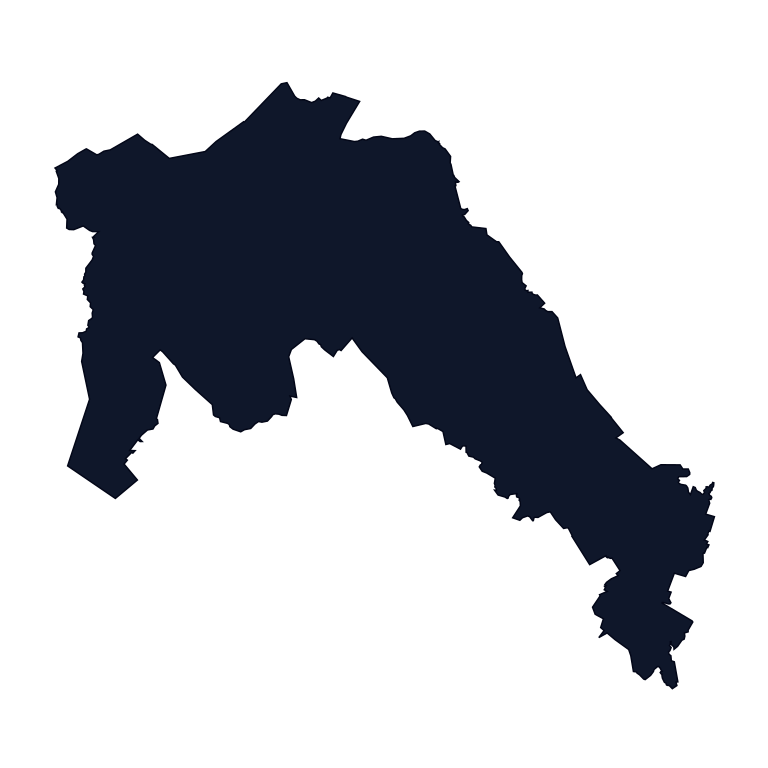 Apan, Hidalgo, Mexico (Natural Earth projection), rotated 91°
{"feature_id": "50627088B34468221751825", "entity_name": "Apan", "entity_type": "district", "adm_level": 2, "iso_a3": "MEX", "parent_name": "Mexico", "parent_adm1": "Hidalgo", "projection": "natural_earth1", "projection_center": [-98.42, 19.732], "detail": "fine", "context": "isolated", "style": "filled", "palette": "ink", "viewbox_px": 768, "rotation_deg": 91, "n_neighbors": 0, "source": "geoboundaries", "source_scale": "gbopen_adm2", "svg_char_len": 6051}
<svg xmlns="http://www.w3.org/2000/svg" viewBox="0 0 768 768"><g transform="rotate(91 384 384)"><path d="M683.6,90.4L680.4,85.9L677.0,86.9L676.7,85.0L656.7,88.9L655.7,91.9L650.7,92.4L649.1,94.4L646.8,94.8L645.7,93.5L642.5,92.3L640.6,94.0L638.6,93.1L636.6,93.2L636.5,92.4L639.2,92.5L641.8,89.6L644.2,89.4L641.2,85.9L635.0,81.7L633.8,79.4L630.8,78.8L627.7,79.3L626.5,75.6L624.7,75.6L616.6,71.1L615.5,71.8L598.2,102.2L597.5,102.0L597.5,101.0L598.9,95.8L598.9,94.2L597.7,93.3L593.5,95.6L587.1,93.3L586.1,96.8L568.1,90.4L571.2,79.1L565.2,76.0L563.8,70.6L560.8,63.8L557.1,61.7L548.4,62.1L547.2,61.5L547.5,60.6L541.7,58.4L542.0,57.5L539.2,56.3L538.3,58.8L535.8,57.5L534.4,61.0L529.2,57.4L529.0,57.9L525.4,56.6L525.7,55.5L510.9,51.3L508.5,60.1L497.5,56.3L494.1,57.3L493.5,56.2L493.7,55.2L492.0,54.3L490.6,54.8L489.8,56.3L487.9,57.3L486.9,56.1L485.5,55.7L484.4,54.2L482.2,54.1L480.9,52.9L479.3,52.6L477.0,52.5L476.7,53.6L478.3,54.3L479.3,56.0L481.6,57.5L481.0,59.2L481.3,60.2L482.6,60.0L485.0,62.4L487.0,61.7L488.6,62.8L488.7,64.4L487.0,66.0L485.7,68.7L484.7,69.9L482.1,71.0L481.3,73.0L489.3,75.7L486.8,77.7L482.7,78.4L480.6,79.8L479.9,80.7L479.2,85.3L478.3,87.3L477.0,88.0L475.2,86.9L473.8,88.7L471.5,87.7L471.3,79.8L469.1,76.8L467.4,76.7L463.7,78.3L463.8,83.7L459.7,86.5L459.9,105.7L464.1,114.5L435.9,147.2L433.9,151.3L428.5,144.0L413.4,156.6L413.2,156.3L400.7,168.1L386.2,180.8L371.2,187.7L374.5,192.1L343.2,203.7L314.9,211.5L308.7,217.3L308.8,221.5L307.7,223.6L306.2,225.1L305.1,229.6L300.4,224.8L292.3,232.2L292.5,233.7L291.9,236.0L291.0,237.4L289.6,237.7L289.8,241.7L288.0,241.7L288.3,243.1L287.4,244.7L285.9,244.8L283.4,243.6L280.2,247.7L277.3,248.2L273.1,248.2L271.3,247.5L270.0,248.0L254.8,260.7L239.8,271.7L239.8,274.0L233.1,283.7L226.8,284.8L225.4,299.0L223.9,300.0L222.3,302.6L221.1,302.1L219.0,304.5L215.5,306.8L214.7,308.4L213.8,308.6L213.1,306.3L209.2,302.9L207.2,303.8L208.2,306.5L208.1,308.4L207.3,310.3L184.9,316.5L184.5,315.6L180.9,316.1L181.0,313.5L180.4,312.5L176.2,317.0L174.3,317.8L174.4,318.3L163.2,320.9L161.7,321.7L155.3,321.4L147.9,327.0L146.7,329.6L143.3,332.9L142.7,332.6L142.1,333.5L140.8,333.5L141.5,334.2L140.6,334.9L139.7,337.1L133.2,342.6L130.4,347.7L130.6,353.1L132.3,357.7L135.4,361.6L138.0,368.2L138.7,380.0L136.4,391.0L137.3,398.8L140.6,406.2L139.6,409.7L141.7,414.4L142.1,417.9L139.5,432.3L135.3,431.4L124.0,426.1L101.9,413.3L97.8,426.7L97.3,427.3L93.9,440.2L98.8,442.8L98.3,445.4L99.1,445.9L101.6,451.7L99.2,454.3L102.4,457.6L103.9,461.3L101.2,468.4L101.3,472.8L99.8,476.2L97.8,478.3L84.4,486.3L85.7,492.0L124.6,528.2L124.2,528.9L144.5,556.1L154.7,566.8L162.2,602.6L148.5,620.0L148.4,621.3L144.5,627.5L138.5,634.7L154.7,661.8L156.1,668.1L159.3,673.1L159.9,675.2L154.1,685.6L154.3,686.2L159.1,694.3L166.9,704.1L173.8,716.7L176.5,714.4L177.0,715.4L184.2,712.7L190.0,712.7L197.6,715.9L203.4,714.1L210.4,714.7L210.2,713.9L212.1,713.8L214.1,712.7L213.9,711.6L217.0,709.0L217.5,709.5L218.3,708.6L218.0,708.1L224.7,703.8L233.6,704.0L235.0,701.5L235.1,696.9L231.2,687.5L235.6,681.0L236.7,678.0L236.6,671.8L241.7,677.0L242.4,676.4L242.5,678.0L244.7,676.9L248.9,676.4L250.5,674.8L258.2,678.1L259.6,678.0L261.2,676.7L261.9,676.8L265.1,678.0L273.4,684.1L277.4,684.1L279.4,685.3L281.0,684.9L282.0,685.9L285.2,686.2L287.4,687.8L288.4,686.8L289.0,684.7L290.1,685.4L292.0,684.7L294.2,686.8L296.8,685.6L299.3,686.0L301.1,681.7L304.7,682.1L308.0,678.8L311.8,679.1L314.7,676.0L318.2,677.0L322.1,676.6L323.4,677.1L325.7,680.4L330.5,681.1L331.7,680.1L332.7,680.0L334.1,682.3L336.5,682.7L338.1,686.5L338.2,689.8L342.2,690.7L343.2,688.3L345.7,687.8L347.9,686.2L358.5,685.5L366.7,686.7L404.4,678.1L471.4,698.9L503.1,650.6L484.3,628.9L468.6,642.5L464.6,639.3L463.2,641.2L456.8,635.1L457.5,633.9L455.0,631.7L454.9,637.1L444.1,629.2L445.8,626.8L445.7,624.8L442.6,627.9L439.5,625.7L434.1,619.7L433.0,614.2L429.9,612.5L427.3,609.3L423.5,609.9L422.7,611.0L388.9,602.0L366.5,609.0L361.6,615.9L353.8,608.4L355.6,605.9L367.5,594.9L368.7,593.0L380.6,585.6L392.7,572.6L407.6,555.3L417.9,553.9L419.4,552.1L420.6,547.8L424.4,546.8L426.1,539.7L427.2,538.0L429.4,537.3L431.8,534.1L434.3,526.4L432.1,522.7L430.8,516.5L426.2,512.3L423.7,508.8L424.3,505.4L423.1,499.9L418.3,495.6L416.9,495.0L415.7,492.3L416.0,488.5L417.1,485.5L417.2,481.0L401.1,476.4L397.7,477.8L399.0,471.1L380.4,474.4L358.4,479.8L351.1,477.2L340.1,463.8L340.9,454.2L342.4,451.7L345.1,449.7L345.7,448.0L347.8,447.3L350.9,443.9L357.4,435.1L351.2,431.4L350.3,429.2L351.3,427.5L338.5,416.7L352.1,406.5L377.7,380.8L392.8,376.1L397.6,373.8L398.5,372.5L402.0,370.4L409.5,363.7L415.1,360.0L426.0,354.4L422.7,341.6L423.2,338.6L427.7,331.1L427.2,330.9L427.9,328.8L430.5,324.2L443.4,321.1L442.4,317.2L447.8,306.4L444.8,304.6L444.4,303.2L444.7,300.9L450.8,300.7L451.0,299.9L454.6,297.9L455.6,293.2L457.2,291.6L459.2,286.3L460.6,284.4L462.8,285.2L463.2,286.2L465.2,287.3L469.5,284.3L471.2,279.8L476.2,271.1L481.5,271.9L483.4,271.1L485.0,271.4L486.5,270.0L488.3,269.8L488.2,271.6L493.0,268.0L494.9,261.1L496.3,258.8L496.0,258.0L494.2,257.5L492.3,256.0L491.2,249.2L491.8,248.8L492.5,249.7L494.5,249.4L495.4,247.0L496.7,246.3L497.7,246.9L499.1,245.8L503.5,245.5L515.5,253.0L517.9,245.8L515.3,243.2L513.4,238.1L514.2,236.0L518.1,233.0L518.0,232.3L515.1,231.7L514.6,230.9L514.7,227.7L509.7,219.0L508.9,215.5L516.7,210.1L525.3,201.9L524.6,198.7L524.8,197.2L532.5,193.1L532.9,193.5L561.0,175.2L551.8,159.1L552.8,158.9L553.8,157.7L553.1,157.0L553.9,156.1L554.4,154.2L554.1,153.0L566.5,144.7L569.5,148.4L571.6,146.6L574.8,153.3L578.4,158.0L580.8,159.7L581.8,158.4L582.4,160.0L583.7,159.0L585.9,160.2L587.5,157.2L590.9,164.8L592.1,164.2L603.5,171.6L610.6,168.8L614.9,160.5L623.8,163.1L626.6,159.6L633.8,164.8L629.0,156.6L635.6,148.5L645.2,134.7L651.3,132.5L667.1,129.6L667.5,126.4L668.6,126.0L670.3,123.4L674.5,119.2L675.0,117.7L670.6,112.3L666.8,109.6L664.8,109.1L661.7,105.5L661.7,104.5L662.9,103.2L666.5,101.0L666.6,102.0L667.7,102.8L669.3,101.5L669.4,100.7L670.7,101.0L673.3,100.5L677.4,98.4L678.1,96.9L679.8,96.4L680.3,95.7L680.5,93.5L683.6,90.4Z" fill="#0f172a" stroke="#020617" stroke-width="1.5"/></g></svg>